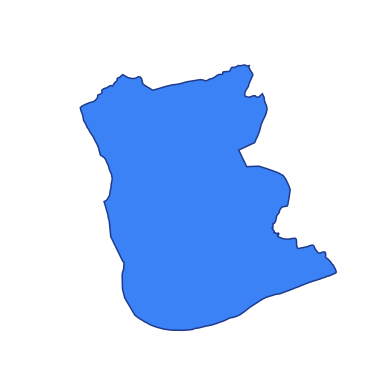 outline of Krouch Chhmar, Kâmpóng Cham, Cambodia, rotated 244°
{"feature_id": "14789045B551080395236", "entity_name": "Krouch Chhmar", "entity_type": "district", "adm_level": 2, "iso_a3": "KHM", "parent_name": "Cambodia", "parent_adm1": "Kâmpóng Cham", "projection": "natural_earth1", "projection_center": [105.671, 12.195], "detail": "fine", "context": "isolated", "style": "filled", "palette": "blue", "viewbox_px": 384, "rotation_deg": 244, "n_neighbors": 0, "source": "geoboundaries", "source_scale": "gbopen_adm2", "svg_char_len": 5616}
<svg xmlns="http://www.w3.org/2000/svg" viewBox="0 0 384 384"><g transform="rotate(244 192 192)"><path d="M56.8,286.6L59.7,287.0L60.2,287.0L60.8,287.0L61.6,286.9L62.7,286.9L64.1,286.9L64.9,286.7L66.0,286.3L66.9,286.1L67.7,286.0L69.0,285.9L70.4,285.2L71.5,285.1L72.5,284.6L73.7,283.9L74.5,283.3L75.7,283.9L76.5,284.4L77.9,285.1L79.4,285.3L80.2,284.6L80.9,282.3L80.9,280.6L81.4,279.5L82.1,278.7L83.4,278.4L85.2,278.1L87.1,277.7L88.6,277.8L89.9,277.9L91.3,277.3L91.9,275.9L92.4,271.2L93.1,268.4L93.9,265.5L94.5,263.0L95.5,262.1L98.1,262.7L99.6,263.2L101.0,264.0L103.5,264.9L104.8,264.8L105.6,263.8L106.4,261.1L107.3,258.3L108.8,255.2L110.7,252.8L112.7,251.0L113.7,250.1L114.4,249.6L114.8,250.1L115.8,251.2L116.7,251.8L117.3,251.5L116.9,250.8L116.1,250.1L116.8,250.1L117.8,250.0L118.1,249.3L118.8,249.0L119.2,248.5L119.5,247.9L120.1,248.4L120.5,248.7L121.0,248.6L122.1,248.3L122.8,248.4L123.7,248.6L124.1,248.3L124.4,248.9L125.1,248.7L125.1,249.3L125.5,249.7L126.1,249.9L127.0,250.0L127.1,250.5L128.2,251.1L127.8,251.8L127.9,252.4L128.9,254.0L130.1,255.2L131.9,256.5L133.0,257.3L133.9,258.5L134.7,260.3L135.6,261.7L137.2,262.8L137.8,263.8L138.6,265.2L138.9,266.6L138.7,267.9L138.2,269.3L138.2,270.1L137.6,270.7L137.8,271.6L138.4,272.4L144.0,276.5L149.0,279.9L151.1,281.3L154.2,281.7L158.6,281.9L162.5,281.9L166.9,281.1L171.4,277.9L176.1,273.5L180.6,269.0L185.9,263.4L190.8,252.3L200.7,252.3L209.2,252.4L208.9,270.0L210.9,272.2L213.5,275.5L217.0,279.3L218.5,280.5L222.2,283.6L225.3,287.2L227.6,290.2L230.3,293.2L233.4,295.7L236.7,296.7L241.2,297.0L243.6,297.5L244.1,297.8L245.6,298.3L248.1,298.3L249.5,298.3L249.1,297.4L248.7,295.7L248.2,294.2L248.4,292.5L249.4,291.4L250.7,291.1L251.7,289.2L251.8,286.8L252.2,284.9L253.4,283.1L255.0,281.8L256.4,282.0L258.6,283.5L260.0,285.4L261.0,287.0L261.9,288.5L262.7,289.5L263.8,290.2L266.9,293.7L268.8,296.0L270.2,297.7L271.4,298.3L272.5,298.2L274.8,297.9L276.9,297.7L279.2,297.8L280.5,298.9L280.8,297.5L281.1,296.6L282.1,296.1L283.2,294.8L283.6,293.5L284.1,291.4L284.5,290.1L285.5,289.1L285.2,288.3L285.4,286.9L285.2,285.9L285.1,284.9L286.0,284.0L286.5,282.4L286.1,281.4L285.1,280.1L284.2,279.4L284.4,278.1L284.6,276.5L285.4,275.6L285.4,274.5L286.1,273.7L286.1,272.1L284.6,271.4L284.6,270.3L285.2,269.3L285.9,267.4L285.8,265.5L285.4,263.6L285.2,261.3L285.3,259.3L285.8,257.6L285.7,255.6L285.6,254.3L285.8,253.3L287.3,251.6L288.6,249.9L289.4,248.6L290.5,245.0L293.0,236.8L293.7,233.8L294.3,230.2L295.0,227.0L295.9,224.2L296.9,221.3L298.2,215.7L300.6,201.5L302.1,200.4L304.2,199.1L305.8,198.0L309.1,196.0L311.0,195.2L313.1,195.8L316.1,196.4L318.1,195.8L319.1,194.5L319.0,191.7L319.3,190.2L320.1,188.1L321.5,186.3L322.8,184.7L324.4,183.6L326.3,182.2L327.8,181.4L327.7,180.8L327.7,179.8L327.3,179.0L327.0,178.3L326.8,177.3L327.0,176.1L327.0,175.2L326.7,174.5L325.8,173.8L325.2,173.6L324.7,172.6L324.3,171.1L323.8,169.6L323.0,168.5L322.3,167.6L322.0,167.0L322.3,166.6L323.2,165.9L323.5,164.6L323.1,162.6L323.1,160.9L323.3,159.5L323.5,158.0L323.1,155.7L322.5,155.2L321.0,154.9L320.6,154.5L320.2,153.4L320.2,152.1L320.5,150.2L320.1,149.6L319.5,149.1L318.6,148.8L317.9,148.0L317.6,147.2L317.2,146.3L317.0,145.7L316.7,145.0L316.5,143.5L316.6,142.2L316.8,140.9L317.1,139.8L317.3,138.2L317.3,136.9L317.5,135.0L317.5,134.2L317.5,133.1L317.4,131.2L317.4,130.2L316.9,129.5L316.8,128.6L315.6,128.2L314.6,128.0L312.6,127.7L311.2,127.6L309.5,127.5L308.0,127.1L305.9,126.6L304.6,126.1L303.4,126.0L302.0,126.1L300.1,126.3L298.2,126.2L296.2,126.1L294.6,126.4L292.4,126.6L290.4,126.6L287.8,127.0L287.2,127.1L286.3,127.2L284.6,127.5L284.1,127.5L283.5,127.4L282.2,127.4L280.4,127.4L278.2,127.5L275.9,127.6L273.5,127.4L271.3,127.1L269.5,126.6L268.0,126.4L266.2,126.0L265.5,125.8L261.3,128.2L258.8,128.6L255.9,128.4L252.8,128.4L249.2,127.8L245.1,127.4L243.6,127.5L241.9,127.0L239.2,126.2L237.4,125.1L234.6,122.9L230.6,120.6L229.8,119.6L225.1,116.4L222.3,112.2L221.9,110.6L222.0,108.8L208.2,106.4L206.6,105.8L206.1,105.6L202.3,104.9L190.9,100.7L187.6,99.4L160.9,99.4L160.3,99.5L159.6,99.6L159.0,99.8L158.3,99.9L153.2,97.1L149.3,93.6L147.1,92.4L135.3,87.0L126.3,85.1L106.2,86.7L103.7,88.0L101.9,88.9L99.8,90.3L97.5,91.7L96.4,92.4L95.6,92.9L94.9,93.5L94.1,94.2L92.4,95.2L90.6,96.6L88.0,99.0L86.4,100.6L84.0,103.3L81.5,106.1L79.6,108.8L77.6,111.8L75.6,115.3L74.5,117.6L73.1,120.3L71.6,123.3L70.4,126.3L69.2,129.3L68.5,131.4L68.1,132.6L68.3,134.3L67.5,136.5L67.2,137.5L66.8,138.7L66.7,139.5L66.5,140.3L66.3,141.1L66.2,141.9L65.9,143.2L65.6,144.4L65.4,145.7L65.1,146.6L64.7,147.8L64.5,149.1L64.2,150.1L64.0,150.9L63.8,151.8L63.5,153.3L63.4,154.6L63.1,156.3L62.9,158.2L62.8,159.6L62.6,161.3L62.4,162.5L62.3,163.8L62.2,164.7L62.2,166.0L62.2,167.2L62.2,169.2L62.2,170.5L62.1,171.5L61.7,172.5L61.5,173.2L61.2,174.4L61.1,175.4L60.8,176.8L60.7,178.7L60.7,180.0L60.7,181.7L60.9,182.6L61.2,184.7L61.4,185.9L61.8,188.1L62.1,189.4L62.4,190.7L62.6,191.7L63.1,194.0L63.3,195.4L63.5,197.4L63.7,199.0L63.9,200.6L64.1,202.5L64.4,204.8L64.6,206.3L64.7,207.7L64.8,208.8L64.8,210.2L64.8,211.3L64.8,212.4L64.6,213.6L64.4,215.2L64.2,216.9L63.9,218.2L63.7,219.4L63.5,221.3L63.2,222.7L62.7,224.1L62.4,225.1L62.0,226.4L61.9,227.2L61.8,228.0L61.7,229.0L61.6,230.3L61.5,231.2L61.4,232.3L61.3,234.0L61.1,235.4L61.0,236.5L60.9,238.3L60.8,239.4L60.6,241.0L60.6,242.5L60.4,244.0L60.2,245.5L60.1,247.4L60.0,248.6L60.0,249.7L59.8,251.9L59.7,254.1L59.5,255.9L59.5,256.7L59.1,259.1L58.9,261.1L58.7,262.6L58.3,264.6L58.0,266.8L57.6,269.5L57.5,271.2L57.3,272.5L57.2,273.3L57.0,274.5L57.0,276.6L56.6,277.6L56.5,278.3L56.3,280.9L56.5,282.3L56.2,283.2L56.2,284.7L56.2,285.7L56.8,286.6Z" fill="#3b82f6" stroke="#1e3a8a" stroke-width="1.5"/></g></svg>